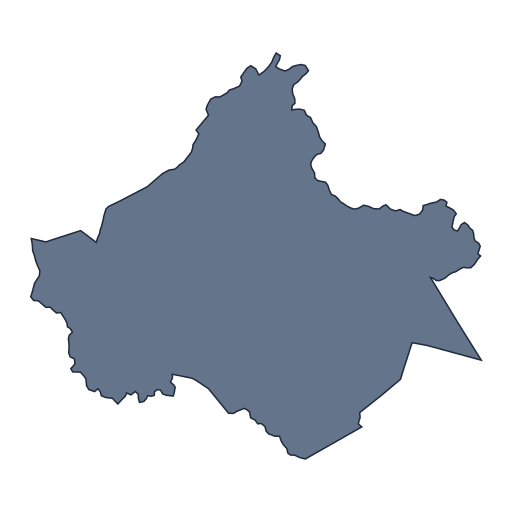 outline of Lagarto, Sergipe, Brazil
{"feature_id": "56859067B5809148773730", "entity_name": "Lagarto", "entity_type": "district", "adm_level": 2, "iso_a3": "BRA", "parent_name": "Brazil", "parent_adm1": "Sergipe", "projection": "orthographic", "projection_center": [-37.666, -10.882], "detail": "fine", "context": "isolated", "style": "filled", "palette": "slate", "viewbox_px": 512, "rotation_deg": 0, "n_neighbors": 0, "source": "geoboundaries", "source_scale": "gbopen_adm2", "svg_char_len": 3590}
<svg xmlns="http://www.w3.org/2000/svg" viewBox="0 0 512 512"><path d="M400.5,379.3L402.9,371.4L412.1,342.7L426.9,345.4L481.3,360.2L464.5,333.4L460.8,327.4L457.4,321.9L454.9,317.8L430.5,277.5L433.5,278.6L436.4,280.6L439.6,280.6L444.9,278.2L448.6,275.0L452.0,272.9L456.0,271.6L459.9,269.0L463.4,267.4L466.9,267.8L470.7,267.8L474.4,264.4L477.8,259.2L480.6,256.0L477.9,253.6L478.9,250.6L480.2,246.2L478.6,243.1L475.1,240.9L474.0,237.9L473.6,233.5L472.6,230.3L469.9,228.2L467.9,225.1L464.5,222.5L461.2,224.6L459.7,227.4L457.6,230.9L454.2,230.1L451.9,227.0L453.1,221.5L454.1,216.9L456.3,213.8L453.3,209.9L449.2,207.6L446.0,206.1L446.9,202.3L444.2,200.1L440.5,199.4L436.3,202.1L430.4,203.3L426.5,204.7L423.2,205.5L422.6,210.2L419.3,214.3L414.9,215.5L411.3,214.3L407.6,212.9L402.9,211.2L400.1,209.5L395.5,210.9L390.4,209.1L386.1,204.8L383.1,205.9L379.1,209.0L373.4,208.6L368.7,206.4L363.7,205.2L358.5,208.2L354.3,209.1L350.9,208.0L346.8,206.0L343.2,203.4L340.5,201.9L338.5,199.2L335.3,196.1L331.4,194.5L329.2,189.7L327.7,185.0L325.4,182.1L321.3,181.4L317.2,180.3L314.8,177.6L314.6,173.0L311.7,168.0L310.7,164.4L311.7,160.8L314.4,156.9L316.8,154.5L320.8,153.4L323.5,150.2L325.4,144.0L322.3,141.1L319.8,137.3L318.2,131.7L316.3,126.4L312.9,122.9L310.6,117.6L306.5,115.1L304.3,110.3L299.7,109.1L295.9,109.3L291.8,109.9L292.3,105.6L294.9,103.4L294.8,98.9L292.7,93.6L292.2,88.8L293.8,84.6L297.6,82.1L300.3,79.2L302.4,76.5L305.9,73.8L308.5,70.7L305.3,65.5L301.0,64.5L295.9,65.5L292.2,66.7L289.0,69.3L285.1,71.0L279.7,69.1L275.7,66.7L277.1,63.7L279.5,59.7L280.3,55.7L276.2,53.0L273.7,57.3L271.8,62.1L268.7,66.5L264.3,71.2L258.9,75.1L257.4,72.0L255.7,68.8L250.8,65.7L246.9,68.3L243.7,72.7L240.8,77.0L242.0,81.1L239.5,86.1L233.8,88.6L229.4,90.0L227.1,92.8L224.3,94.4L220.0,96.9L215.1,96.9L210.7,99.1L208.9,102.4L207.2,105.6L206.1,109.4L208.5,115.2L196.1,130.0L198.8,133.9L196.2,139.6L193.0,144.7L192.7,147.9L191.5,151.9L188.7,155.6L186.1,158.9L183.8,162.0L179.4,164.9L177.2,167.3L174.7,169.2L169.2,170.0L166.1,171.6L162.5,173.6L147.3,186.7L120.3,200.8L108.7,206.4L106.1,208.8L104.8,212.7L103.7,216.7L103.2,219.8L101.6,226.0L100.2,230.0L99.7,233.2L97.4,238.4L96.3,242.4L80.6,230.6L58.9,237.6L45.8,241.9L31.2,238.5L32.0,242.4L32.4,246.2L32.7,250.8L34.5,255.8L35.7,260.9L37.4,265.3L39.9,270.9L39.3,276.0L36.9,279.5L34.5,283.4L33.4,287.5L32.2,292.1L30.7,296.8L33.7,300.5L38.3,300.8L42.0,304.0L45.9,307.4L50.1,307.2L53.7,310.6L56.4,313.0L60.6,312.5L63.2,316.4L65.3,319.7L66.9,323.0L67.5,326.9L70.3,328.6L72.4,332.2L69.3,335.1L68.4,338.7L68.8,342.0L69.1,346.6L68.7,352.8L70.1,356.8L74.5,359.0L74.9,364.0L70.8,368.7L72.7,371.9L76.3,372.0L80.4,372.1L83.2,375.2L85.8,378.6L86.3,382.6L86.6,385.9L88.9,389.6L94.6,391.6L98.0,388.7L100.3,391.8L101.4,395.8L105.6,397.5L112.4,398.3L115.2,401.3L117.9,404.0L121.4,400.1L125.4,396.1L126.6,393.0L131.0,394.9L135.3,391.5L138.2,394.2L138.4,398.5L139.5,402.4L143.8,401.5L146.3,398.7L147.8,395.6L151.4,396.3L154.3,395.3L154.5,391.8L157.2,389.6L160.5,390.1L162.6,393.9L166.5,395.3L170.0,395.7L173.2,396.1L174.3,392.5L175.2,387.2L173.4,384.6L170.4,382.0L172.4,378.2L172.4,374.3L191.4,378.1L194.4,379.4L197.3,381.2L204.1,385.8L208.5,388.7L228.6,413.3L233.6,413.4L236.5,411.5L239.5,410.3L244.1,408.4L247.3,409.9L249.6,412.3L250.6,417.8L255.1,420.1L257.7,423.8L261.2,423.5L265.0,426.6L266.1,431.2L268.8,434.0L271.7,435.0L274.7,436.2L279.5,436.2L281.1,440.8L283.3,444.7L286.8,448.5L287.8,453.0L290.3,455.0L294.7,455.2L299.6,457.5L305.3,459.0L361.8,426.9L358.4,424.0L359.1,420.6L360.1,417.7L359.7,412.6L381.6,395.2L400.5,379.3Z" fill="#64748b" stroke="#1e293b" stroke-width="1.5"/></svg>